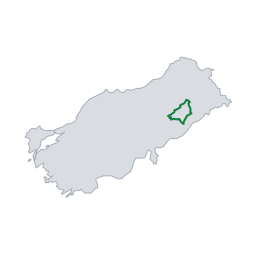 Diyarbakir highlighted on a map of Turkey, rotated 332°
{"feature_id": "TUR-2309", "entity_name": "Diyarbakir", "entity_type": "Province", "adm_level": 1, "iso_a3": "TUR", "parent_name": "Turkey", "parent_adm1": "", "projection": "equal_earth", "projection_center": [40.236, 38.057], "detail": "fine", "context": "in_parent", "style": "outline", "palette": "green", "viewbox_px": 256, "rotation_deg": 332, "n_neighbors": 0, "source": "natural_earth", "source_scale": "10m", "svg_char_len": 4826}
<svg xmlns="http://www.w3.org/2000/svg" viewBox="0 0 256 256"><g transform="rotate(332 128 128)"><path d="M195.3,91.2L198.6,92.4L199.7,91.5L202.8,91.6L205.5,92.3L207.0,90.4L209.0,90.6L209.3,91.6L210.2,91.9L213.1,94.4L212.8,94.8L213.5,95.7L216.0,96.3L216.2,97.6L218.1,99.5L219.2,102.4L218.6,104.5L217.6,105.8L219.2,110.3L218.7,110.8L221.7,112.3L225.5,112.1L226.7,112.7L230.3,116.2L231.3,117.6L228.8,115.9L227.4,117.4L226.7,120.9L222.7,121.5L223.4,123.8L224.5,124.8L224.2,127.0L224.5,127.8L225.6,129.2L225.5,131.2L225.9,133.2L226.0,135.7L227.7,136.5L226.9,137.6L225.2,142.6L225.3,143.0L226.5,143.1L229.4,145.5L228.9,146.2L229.3,149.4L231.7,151.5L231.4,152.6L231.5,153.7L229.7,153.2L226.2,156.1L225.8,156.0L225.3,155.0L225.1,152.1L224.3,151.4L223.1,151.2L221.2,152.5L219.5,152.5L217.7,152.2L213.0,150.4L211.3,151.0L209.5,150.4L206.1,153.9L205.0,154.2L204.5,152.4L203.3,151.4L201.7,152.8L195.7,154.5L193.0,154.8L189.6,154.2L186.8,154.3L179.2,158.3L171.9,160.4L165.4,160.2L161.9,157.8L159.1,157.2L150.8,161.0L146.7,160.8L145.3,159.3L142.2,158.6L141.5,160.1L140.8,163.7L141.8,166.9L140.1,167.1L138.9,167.9L138.6,170.3L137.0,171.3L136.4,172.8L136.1,172.8L133.5,171.6L134.3,170.4L132.7,165.8L133.6,164.4L137.0,160.7L136.9,158.6L135.5,157.1L131.2,159.8L130.8,160.8L129.8,161.6L128.2,162.0L120.7,158.4L116.1,161.5L112.2,166.0L109.3,167.7L100.8,169.0L99.3,169.8L96.4,168.9L94.7,167.7L91.0,162.5L83.7,158.7L76.0,157.7L75.2,158.7L74.8,162.7L73.4,166.4L72.8,166.8L71.1,165.9L65.0,168.1L59.9,165.6L59.1,164.6L58.2,160.2L57.4,159.9L56.6,160.5L55.7,160.5L52.1,158.6L50.1,158.5L48.9,160.3L46.9,161.1L46.8,160.6L47.7,159.4L44.6,159.6L42.9,160.5L40.7,160.0L40.9,159.5L42.7,158.9L46.9,158.2L49.6,155.3L39.8,155.5L38.8,156.1L38.7,154.6L39.3,153.9L42.0,153.4L41.9,152.1L40.3,150.8L38.7,150.1L38.1,147.0L37.2,146.2L37.4,145.8L39.0,145.2L39.5,143.0L39.3,141.6L36.2,140.4L35.5,140.5L34.8,139.3L33.5,138.4L32.3,139.1L29.3,137.3L29.9,135.9L30.7,136.0L30.9,134.9L30.4,133.2L30.5,132.3L31.2,132.0L32.0,132.2L32.7,133.3L32.7,135.2L33.5,136.4L34.2,135.2L35.6,135.9L38.2,135.3L38.7,134.8L36.8,134.8L36.2,134.3L34.8,131.1L36.5,130.1L37.7,128.5L35.6,127.5L36.1,125.2L34.4,122.7L37.1,119.5L37.0,119.0L36.3,118.9L28.4,120.2L28.4,118.8L29.1,117.5L29.2,114.4L29.7,112.8L31.1,112.3L33.0,109.8L36.1,107.0L39.0,107.0L40.2,106.2L42.0,106.2L42.5,107.3L43.9,108.1L46.7,108.0L48.0,107.2L46.8,105.8L48.4,105.4L49.6,105.7L48.9,107.2L49.2,107.4L52.8,106.9L56.4,107.3L60.5,107.1L61.1,106.6L58.3,105.1L60.2,103.7L61.2,103.4L69.8,102.2L69.9,101.9L64.7,101.2L62.1,99.4L61.4,98.4L62.1,96.0L62.7,95.4L64.6,95.3L70.9,96.4L75.5,95.7L80.4,97.3L85.2,97.0L86.2,96.3L87.5,94.0L94.4,90.2L96.8,88.2L107.4,84.4L123.1,85.1L125.8,83.6L127.4,84.1L127.0,85.1L127.0,86.0L128.8,88.3L131.6,89.6L135.5,88.5L136.9,88.9L138.2,92.5L140.6,94.6L141.7,94.8L143.2,93.5L144.6,93.4L146.8,94.6L147.6,95.9L155.1,97.4L156.6,98.5L161.7,99.5L172.9,97.0L177.0,98.7L180.5,99.3L182.0,99.0L186.5,97.0L187.9,95.8L190.7,94.8L194.3,92.5L195.3,91.2ZM51.2,84.9L50.8,86.5L51.3,88.2L52.8,90.7L54.3,91.9L61.7,95.3L60.5,98.4L58.5,98.9L52.1,97.4L49.4,98.6L47.5,98.3L44.8,98.9L43.9,100.7L41.9,102.9L36.5,105.6L31.4,110.9L30.0,111.6L30.7,109.8L30.8,108.2L33.0,106.3L36.0,104.9L36.9,103.8L29.4,104.0L28.8,102.3L29.6,102.0L32.2,99.1L32.5,98.0L32.5,95.1L35.5,93.5L35.8,92.8L35.5,90.0L32.8,88.4L33.0,87.6L35.0,86.9L36.2,85.0L39.1,84.6L40.5,83.6L43.1,83.2L46.0,85.6L49.7,84.7L51.2,84.9ZM27.5,110.7L25.0,111.1L24.3,110.7L25.1,109.8L27.1,109.3L27.6,110.1L27.5,110.7Z" fill="#d9dde1" stroke="#a8b0b8" stroke-width="1"/><path d="M192.8,130.6L193.4,131.4L194.1,131.9L194.2,132.5L194.1,133.1L194.2,133.5L194.6,133.6L194.6,134.1L194.2,134.3L193.9,134.3L193.5,134.5L192.9,134.7L192.7,135.1L192.6,135.6L192.4,136.4L192.3,137.2L192.4,138.8L192.3,139.6L192.2,139.9L192.0,140.3L191.5,142.0L191.0,142.5L190.5,142.9L190.4,143.3L190.5,143.7L190.6,144.2L190.8,144.7L190.1,145.0L186.3,144.9L185.1,145.2L185.0,145.5L184.4,146.2L183.6,146.3L182.4,147.3L181.8,147.5L180.6,148.4L180.1,148.9L179.0,150.3L178.5,149.7L178.2,148.9L177.8,147.8L177.7,147.6L177.6,147.2L177.5,146.1L177.6,144.5L177.4,144.1L177.2,144.1L176.7,143.7L176.4,143.6L176.2,143.9L175.7,143.7L175.2,143.3L174.9,143.1L174.6,143.0L173.8,142.3L173.2,141.6L172.6,141.3L171.9,141.3L171.0,141.1L170.2,140.7L170.6,140.4L170.7,140.2L170.8,139.4L170.9,139.1L170.9,138.7L170.6,138.3L169.7,138.7L169.4,138.5L169.8,137.2L169.7,136.8L169.6,136.5L169.4,136.3L170.9,136.1L171.8,136.3L172.7,136.4L173.2,136.2L174.0,136.0L174.3,135.9L175.2,135.8L176.0,135.8L176.4,135.7L176.7,135.5L177.0,135.0L177.2,134.6L177.4,134.1L177.9,134.0L178.1,134.1L178.5,134.4L178.7,134.5L182.4,134.4L183.6,134.3L184.1,134.1L184.3,133.7L184.4,133.2L184.4,132.8L185.0,132.5L186.1,132.4L186.5,132.4L187.0,132.5L188.9,132.6L189.6,132.4L190.9,131.6L192.3,131.0L192.8,130.6Z" fill="none" stroke="#15803d" stroke-width="2"/></g></svg>